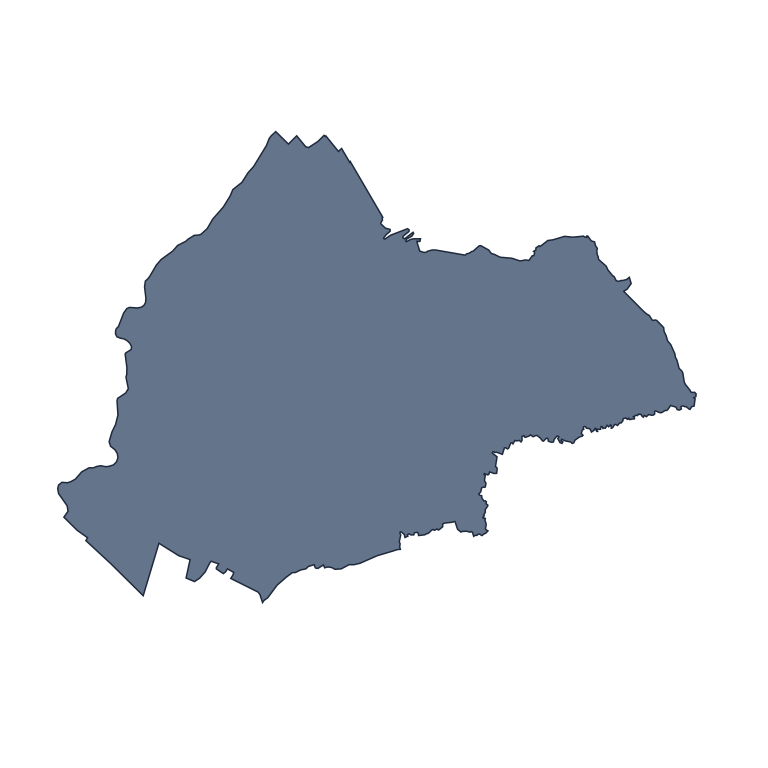 outline of Razvad, Dâmbovita, Romania, rotated 97°
{"feature_id": "2599482B17073586102426", "entity_name": "Razvad", "entity_type": "district", "adm_level": 2, "iso_a3": "ROU", "parent_name": "Romania", "parent_adm1": "Dâmbovita", "projection": "mercator", "projection_center": [25.513, 44.956], "detail": "fine", "context": "isolated", "style": "filled", "palette": "slate", "viewbox_px": 768, "rotation_deg": 97, "n_neighbors": 0, "source": "geoboundaries", "source_scale": "gbopen_adm2", "svg_char_len": 6139}
<svg xmlns="http://www.w3.org/2000/svg" viewBox="0 0 768 768"><g transform="rotate(97 384 384)"><path d="M555.2,685.5L566.7,670.6L572.7,659.5L575.8,660.8L596.0,632.8L623.5,597.2L569.5,588.0L579.5,566.7L581.9,555.1L600.7,556.8L603.2,548.0L599.3,543.4L592.4,538.6L583.0,535.2L581.0,534.0L582.7,526.1L587.0,528.1L588.0,527.8L591.8,520.4L589.9,518.4L586.6,516.9L589.3,510.2L592.0,510.7L595.7,512.4L605.9,483.6L608.1,481.5L615.7,477.9L613.4,476.7L610.3,473.3L596.7,465.6L587.5,457.3L582.4,452.0L581.9,448.9L578.7,444.0L577.0,439.0L574.3,436.8L571.9,431.3L574.8,429.8L575.2,428.4L575.0,427.0L571.0,422.1L573.7,420.4L572.8,418.7L572.4,416.5L572.6,413.2L573.9,410.2L572.7,403.9L567.6,396.6L567.0,391.8L564.9,386.0L555.4,370.1L546.7,350.4L546.1,347.6L543.7,348.6L540.7,348.5L538.7,349.6L531.9,349.0L529.9,350.1L529.0,349.9L528.6,349.0L530.9,345.5L533.8,344.5L532.1,341.7L530.8,342.5L530.0,341.5L529.7,340.6L530.5,339.2L530.2,336.1L527.9,335.6L527.5,334.3L527.2,332.7L527.7,332.0L530.2,331.2L528.7,325.1L527.3,323.3L527.0,322.0L522.7,318.3L522.4,317.3L523.1,316.4L522.9,315.7L521.4,313.8L522.3,312.3L522.0,311.6L518.5,308.3L515.9,308.7L514.7,307.1L513.0,299.8L511.8,296.8L519.2,293.3L521.6,289.6L520.8,288.3L520.1,284.1L520.6,280.5L519.8,279.1L520.6,278.0L524.3,276.4L522.9,274.8L523.0,273.4L521.5,272.1L521.4,270.6L522.5,268.6L522.3,267.9L521.0,267.0L519.7,264.8L517.1,262.9L516.1,265.1L514.9,265.7L512.2,265.4L510.0,265.7L506.9,267.2L505.2,267.0L504.8,267.5L505.1,269.1L504.2,269.6L502.5,268.4L501.7,269.0L499.1,267.8L496.3,268.2L492.4,266.1L491.5,266.2L490.4,268.1L488.5,268.0L487.6,269.1L488.0,270.3L485.6,272.8L483.0,273.4L482.9,275.2L481.8,276.6L479.2,274.8L475.4,274.5L474.5,273.4L474.0,271.0L472.9,270.8L470.0,270.7L467.6,272.5L462.5,272.4L461.6,273.6L460.7,273.5L461.6,269.9L461.0,269.0L458.4,268.5L459.4,263.8L459.0,261.3L454.5,261.3L453.2,261.8L452.3,263.3L442.5,262.9L439.4,268.1L438.0,267.6L437.8,266.7L438.5,265.8L438.0,264.0L439.4,257.9L432.7,256.7L432.5,255.2L433.4,253.5L432.6,252.5L427.1,250.9L426.9,249.4L427.7,248.7L424.1,247.2L424.4,245.8L423.5,242.9L424.8,240.9L423.0,240.1L419.3,240.7L418.2,238.6L419.5,238.0L419.7,237.0L417.5,233.0L416.6,232.5L418.2,229.6L416.5,226.8L416.5,225.7L418.6,222.3L421.1,219.8L421.3,218.8L418.1,216.2L417.9,215.3L418.7,214.4L420.7,214.0L421.4,211.3L421.0,208.8L418.4,208.3L414.9,206.3L414.4,205.1L415.1,204.0L417.0,204.9L420.8,202.1L421.3,200.1L419.7,199.4L418.7,201.3L417.2,200.9L418.4,197.0L418.8,191.7L420.1,189.9L419.2,188.4L416.5,187.6L412.6,183.4L411.8,181.1L410.6,180.2L409.1,182.1L405.6,181.6L404.6,180.2L403.0,181.0L401.8,180.2L401.9,178.6L403.2,177.7L403.3,174.3L406.4,172.2L404.4,169.9L402.3,169.0L402.6,167.8L404.3,167.8L405.1,167.0L405.0,166.3L404.0,167.1L403.1,166.8L402.6,163.6L399.7,163.3L399.9,162.1L401.5,161.2L400.9,160.3L400.9,158.9L397.8,157.6L399.1,155.8L397.0,154.2L397.2,153.6L400.2,153.0L400.1,152.6L399.3,151.6L396.3,150.3L395.9,149.4L396.7,147.1L394.0,145.4L393.7,143.8L391.2,142.3L389.6,142.6L389.1,142.1L388.3,139.7L389.4,138.3L388.2,137.0L389.0,136.8L389.4,135.6L388.4,133.1L388.2,131.4L387.4,131.1L385.9,132.5L385.4,131.2L384.3,130.3L384.5,128.6L382.7,127.5L383.1,126.2L382.8,125.3L384.7,123.8L385.3,122.4L383.7,122.0L383.5,121.5L384.5,119.6L382.1,117.6L382.4,114.4L381.9,112.6L380.6,111.6L378.6,112.1L377.9,111.7L377.7,110.9L378.9,106.6L378.6,104.9L376.2,102.0L375.7,100.0L374.9,99.2L370.4,96.9L371.4,91.4L373.7,89.9L373.9,87.6L372.6,85.8L370.3,86.5L369.5,85.3L369.3,84.0L369.9,82.8L369.7,81.2L371.7,78.2L371.9,77.2L368.9,75.7L368.1,73.5L360.7,73.4L359.9,74.8L358.5,72.9L355.8,73.0L354.4,74.6L354.8,77.1L354.4,78.6L353.1,79.3L347.7,84.8L345.3,86.3L336.7,88.7L334.8,90.0L332.5,93.0L324.7,96.1L322.0,98.0L318.5,99.0L309.8,104.3L306.7,107.7L301.6,109.9L297.7,112.4L293.9,113.3L287.7,121.0L287.4,122.4L288.1,125.0L287.7,125.7L283.6,129.1L282.5,131.9L279.8,135.8L263.2,156.9L262.7,157.3L260.2,154.2L254.2,150.9L248.2,153.5L250.6,155.8L252.0,159.1L252.5,161.7L253.5,163.5L253.2,166.1L249.4,168.6L248.6,170.3L243.3,175.8L240.1,177.7L234.1,186.3L231.7,186.8L229.7,188.1L226.0,189.0L223.4,188.8L220.8,191.0L217.3,192.3L216.7,195.7L212.4,199.7L213.4,200.4L212.7,200.8L213.7,201.3L213.5,203.0L212.9,203.9L215.3,214.7L215.4,222.7L220.3,233.9L221.6,238.9L228.5,245.8L227.8,246.9L230.4,249.8L232.4,249.6L234.1,251.7L234.7,250.8L236.0,250.5L238.4,251.0L238.7,252.5L243.7,255.2L243.6,258.7L245.3,263.9L243.6,272.3L244.0,284.2L241.9,290.2L241.3,293.5L238.3,296.3L234.9,304.8L235.3,306.4L241.5,311.9L241.6,312.8L243.8,315.4L244.7,317.8L246.2,319.3L244.7,349.0L245.1,352.5L247.0,357.1L248.3,358.5L248.5,361.0L247.6,364.8L238.5,368.8L238.1,365.7L235.4,365.5L236.4,373.0L237.7,375.9L239.7,378.6L239.9,379.4L239.5,379.9L237.4,379.2L233.9,374.4L230.9,372.9L229.9,373.7L237.4,381.3L236.6,382.9L235.6,383.3L234.6,382.7L229.6,377.8L227.8,377.9L227.0,379.6L235.4,395.4L240.1,400.8L239.7,402.0L238.8,402.0L235.4,400.0L231.7,396.5L229.8,396.8L229.1,401.7L225.5,406.5L224.7,406.9L221.4,405.5L219.3,406.0L218.7,405.5L171.9,441.1L167.3,444.6L168.2,445.0L155.4,454.8L158.7,457.6L144.8,472.0L145.5,472.6L144.5,473.8L151.4,479.2L158.5,487.7L158.1,490.6L148.3,500.9L157.5,508.1L146.7,522.2L151.5,526.3L154.4,527.9L161.5,529.7L183.8,539.8L190.9,544.7L201.2,549.6L209.4,557.7L216.3,559.7L228.0,565.1L241.2,574.1L251.3,578.4L257.8,584.0L258.7,586.0L259.6,590.5L264.2,596.2L266.4,598.0L271.6,605.7L277.8,609.9L287.5,620.3L293.6,624.4L305.4,629.5L308.5,631.3L310.9,633.4L316.8,633.5L327.8,630.8L332.2,630.6L335.3,631.9L337.4,634.3L338.6,638.2L339.0,646.0L340.5,648.5L345.4,651.1L359.4,654.6L361.6,656.4L363.9,656.9L367.0,656.6L369.7,654.8L370.7,651.0L370.9,647.7L372.3,644.2L374.6,641.2L377.5,639.2L380.6,639.1L384.5,644.0L385.8,644.6L399.0,641.2L406.0,640.5L408.5,641.0L419.8,637.2L424.4,639.3L430.8,646.7L433.5,646.9L447.2,644.3L457.0,645.5L464.8,648.2L474.7,649.8L479.1,647.8L482.0,643.1L485.5,640.2L489.7,639.1L493.8,640.0L497.3,642.7L499.3,647.2L500.0,650.3L499.6,655.1L500.8,658.9L502.7,662.5L503.1,666.5L508.0,673.3L516.1,678.8L519.0,682.8L520.6,686.2L520.8,691.6L523.9,694.7L527.7,695.1L532.5,693.6L543.4,683.7L548.8,682.1L555.2,685.5Z" fill="#64748b" stroke="#1e293b" stroke-width="1.5"/></g></svg>